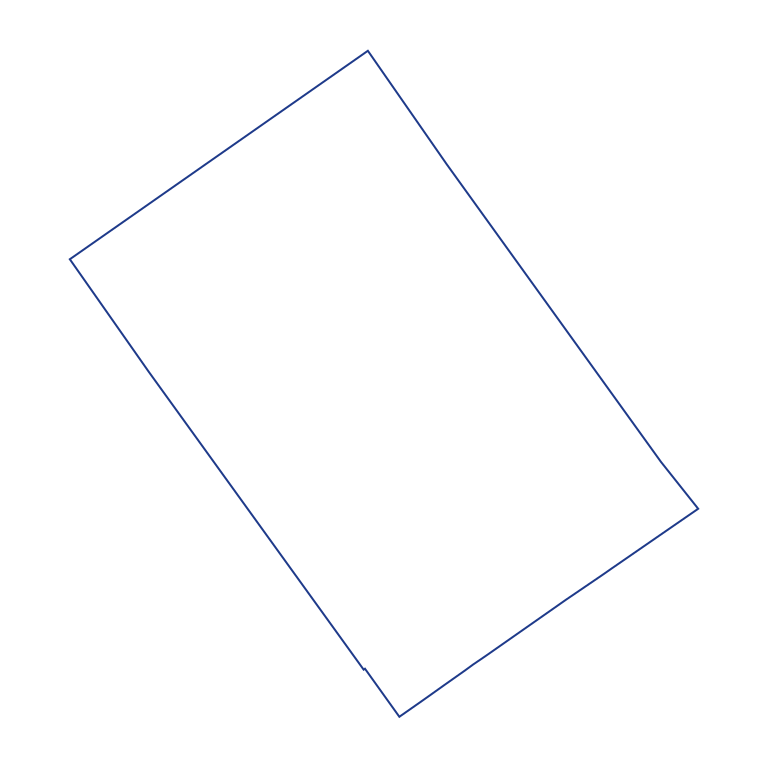 outline of Alfalfa, Oklahoma, United States of America, rotated 145°
{"feature_id": "52423323B68543825446879", "entity_name": "Alfalfa", "entity_type": "district", "adm_level": 2, "iso_a3": "USA", "parent_name": "United States of America", "parent_adm1": "Oklahoma", "projection": "albers", "projection_center": [-98.29, 36.731], "detail": "fine", "context": "isolated", "style": "outline", "palette": "blue", "viewbox_px": 768, "rotation_deg": 145, "n_neighbors": 0, "source": "geoboundaries", "source_scale": "gbopen_adm2", "svg_char_len": 418}
<svg xmlns="http://www.w3.org/2000/svg" viewBox="0 0 768 768"><g transform="rotate(145 384 384)"><path d="M562.3,102.6L532.5,102.6L507.1,102.8L481.4,102.9L471.9,103.1L456.5,102.9L365.2,102.9L364.4,102.9L358.6,102.9L312.4,102.3L304.6,102.3L302.9,102.3L198.2,101.6L201.8,161.4L206.6,528.2L206.1,666.2L569.8,666.4L569.7,528.9L564.5,161.7L562.9,161.7L562.3,102.6Z" fill="none" stroke="#1e3a8a" stroke-width="2"/></g></svg>